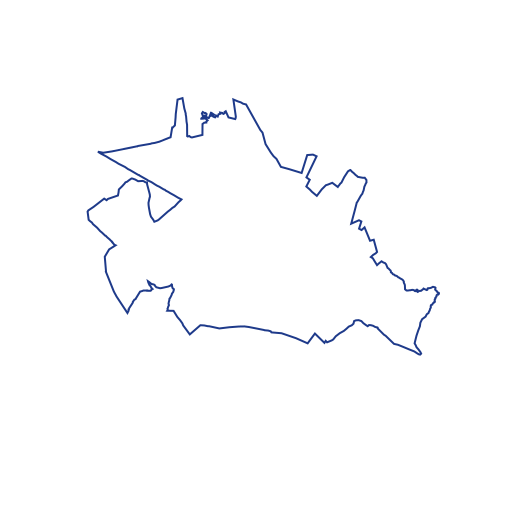 Solosuchiapa, Chiapas, Mexico (Mercator projection), rotated 137°
{"feature_id": "50627088B80636009912832", "entity_name": "Solosuchiapa", "entity_type": "district", "adm_level": 2, "iso_a3": "MEX", "parent_name": "Mexico", "parent_adm1": "Chiapas", "projection": "mercator", "projection_center": [-93.008, 17.395], "detail": "fine", "context": "isolated", "style": "outline", "palette": "blue", "viewbox_px": 512, "rotation_deg": 137, "n_neighbors": 0, "source": "geoboundaries", "source_scale": "gbopen_adm2", "svg_char_len": 6112}
<svg xmlns="http://www.w3.org/2000/svg" viewBox="0 0 512 512"><g transform="rotate(137 256 256)"><path d="M149.7,294.9L166.0,285.6L172.4,296.7L177.0,304.2L174.8,313.1L175.1,317.0L174.6,321.5L172.7,331.3L167.1,341.8L166.9,345.2L159.9,373.6L161.6,376.2L162.3,378.7L163.7,381.2L165.8,385.9L175.7,371.7L176.9,370.7L177.8,370.3L181.6,376.1L179.4,382.5L180.6,382.7L180.9,381.9L182.3,382.1L182.6,382.0L183.0,382.2L183.0,383.5L184.4,385.4L185.1,384.3L186.7,385.2L188.9,384.1L189.4,386.0L191.2,385.2L191.7,385.8L192.2,387.2L190.3,388.0L190.7,389.7L192.8,388.9L193.3,389.2L190.5,391.9L194.4,389.9L196.4,389.1L196.8,389.5L197.7,392.3L196.9,392.6L195.3,393.5L195.3,394.1L195.4,395.0L196.0,395.2L196.7,397.6L198.3,397.2L199.7,393.8L202.2,393.9L202.4,393.7L201.8,393.1L201.1,392.8L198.9,394.0L198.3,394.0L198.0,393.5L198.3,392.7L199.1,392.0L198.9,392.0L199.2,391.2L198.9,388.2L200.7,388.2L201.3,387.5L202.9,388.8L205.1,389.0L212.6,381.1L222.0,386.4L222.7,387.5L223.0,389.3L224.4,389.9L224.6,390.6L216.9,399.0L215.2,401.6L211.9,405.8L211.0,407.3L210.2,408.2L207.8,412.8L205.8,415.9L202.1,421.6L206.7,423.9L217.8,414.6L220.5,412.0L226.3,406.8L228.8,406.8L229.3,406.7L229.7,407.1L237.5,401.1L239.6,402.0L248.7,405.5L253.0,407.8L255.6,409.6L256.5,409.9L267.2,416.9L268.7,417.4L269.1,417.3L268.6,417.6L290.1,430.8L297.3,435.7L300.5,440.1L299.6,436.6L297.5,430.6L296.3,426.1L294.4,420.3L293.6,417.2L291.1,410.5L290.3,406.7L289.6,405.0L286.9,395.9L286.3,394.8L286.4,394.6L283.6,385.7L283.6,385.2L282.1,381.4L281.6,379.5L281.2,377.8L280.4,374.9L279.5,372.7L278.1,367.7L277.5,366.6L277.4,365.3L276.4,362.5L275.9,360.5L274.6,356.6L273.2,351.7L271.9,348.2L273.2,348.1L275.9,348.2L281.9,347.7L282.0,347.8L283.5,348.0L284.0,348.2L287.2,348.3L290.2,348.6L302.2,348.9L303.7,349.1L307.0,350.4L306.8,351.1L306.4,352.7L306.0,356.4L304.9,358.8L301.4,364.3L299.9,366.4L298.4,368.2L294.2,371.1L293.2,371.6L291.8,373.3L290.9,374.9L286.8,382.6L285.6,384.1L286.6,385.3L287.0,387.0L287.6,388.1L291.2,391.1L292.2,394.3L293.5,396.8L294.2,397.6L297.8,398.1L299.5,398.2L301.2,398.9L302.8,398.6L306.4,398.3L310.9,398.2L313.1,396.3L315.7,394.4L325.3,398.7L327.2,398.7L327.9,401.5L341.3,402.7L347.5,403.7L348.9,403.3L353.7,396.6L353.6,394.7L353.2,392.4L353.5,390.4L352.9,385.1L353.0,380.4L352.7,378.4L352.4,373.6L352.1,373.2L352.1,371.3L351.7,367.8L351.7,366.1L351.5,365.1L351.6,364.0L351.8,364.0L351.9,360.8L351.4,359.6L358.9,361.0L367.1,358.6L376.3,346.9L376.5,346.9L384.1,327.2L385.0,324.0L384.9,324.1L385.6,321.6L388.9,302.0L386.7,302.8L385.7,303.8L385.4,303.6L384.4,304.3L378.3,305.8L377.1,306.4L377.1,306.5L374.7,307.0L373.5,306.6L373.1,306.8L365.1,309.0L362.9,307.9L362.0,307.6L359.1,305.0L359.3,304.8L357.0,302.6L356.5,302.4L355.9,302.4L355.2,302.9L354.2,302.5L354.2,304.0L353.6,306.3L353.8,307.1L352.8,310.1L352.2,311.2L351.9,309.8L351.5,306.8L350.7,305.7L350.1,304.6L349.9,303.9L350.2,302.9L350.2,301.1L348.2,297.9L346.8,296.9L341.0,293.5L339.1,292.8L338.3,292.7L337.1,292.8L337.0,292.4L338.0,291.2L338.8,289.7L338.9,289.0L338.7,287.7L339.6,287.0L341.2,286.1L343.2,285.8L343.8,285.3L344.7,284.9L347.4,283.9L348.4,283.8L349.8,282.6L350.7,282.1L352.6,280.7L353.1,279.5L355.2,278.6L355.9,278.1L356.7,277.8L357.2,276.8L358.2,276.5L353.7,272.1L355.1,265.1L355.3,260.7L355.8,256.9L356.6,254.9L357.9,243.8L343.9,243.3L341.2,240.5L339.1,237.5L338.1,236.5L332.2,228.0L324.1,222.1L316.5,216.0L312.5,212.4L309.7,209.0L304.4,201.7L300.6,196.4L300.4,195.9L297.9,193.1L296.6,190.9L296.8,189.6L290.0,182.1L282.8,168.6L277.8,156.9L265.8,159.1L265.2,145.8L262.9,146.4L262.9,144.4L258.1,142.6L256.4,142.3L252.4,142.9L247.3,142.4L242.9,141.3L239.3,141.1L236.3,141.1L233.2,140.0L230.9,140.0L228.6,141.5L226.8,140.8L224.7,139.1L223.3,136.5L223.3,133.7L222.7,130.5L222.2,128.5L220.4,128.4L219.2,127.1L218.0,125.2L217.2,122.7L215.9,120.9L216.0,120.3L216.4,120.0L216.1,111.1L215.6,109.3L215.0,97.6L212.7,94.2L210.2,88.8L207.8,83.5L205.3,78.2L204.4,74.4L203.8,72.7L203.1,71.9L201.8,72.0L201.3,73.6L200.9,76.8L200.8,79.8L200.0,82.0L199.6,83.9L198.0,85.0L192.9,88.3L188.1,90.9L184.1,92.8L181.3,95.1L177.6,96.5L173.3,96.0L171.2,96.8L170.3,96.9L168.9,96.6L167.1,97.5L166.3,97.6L164.6,98.7L163.5,99.0L162.9,99.4L162.7,99.9L161.8,100.6L161.3,100.7L160.2,100.2L159.4,100.6L158.8,100.7L157.4,100.8L157.3,100.5L156.4,100.5L155.7,101.4L155.4,102.0L154.9,102.3L154.3,102.3L153.8,102.5L153.8,102.8L153.4,103.1L151.6,103.3L150.8,104.1L149.9,104.2L149.6,104.1L149.1,103.5L148.0,103.6L147.5,104.1L147.5,104.7L147.8,105.0L148.0,105.6L147.7,107.4L147.9,107.9L147.9,109.2L146.4,110.3L146.4,110.9L147.4,112.5L147.8,112.9L149.3,113.2L150.7,113.9L152.3,115.2L152.7,115.2L153.5,114.5L154.0,114.5L154.4,114.7L154.9,115.9L155.7,117.9L156.4,117.7L157.3,117.9L158.6,117.9L159.3,118.1L159.6,118.6L160.8,119.2L162.2,119.4L162.3,120.0L162.0,120.2L161.4,120.5L161.0,120.9L161.1,121.5L161.3,121.7L161.8,121.9L162.4,121.4L162.9,121.3L163.1,121.3L163.7,122.0L163.7,122.9L163.9,123.5L164.2,123.7L164.4,124.3L165.4,125.1L166.5,125.7L167.0,126.2L168.0,126.8L169.3,127.9L169.5,128.3L169.7,130.0L167.2,132.9L166.6,133.9L166.4,134.8L165.9,136.0L165.3,136.5L165.0,137.9L165.1,139.1L166.0,141.9L166.1,142.7L166.5,143.4L166.6,145.0L166.8,145.7L167.6,146.8L167.6,148.0L168.0,148.6L168.3,149.3L168.1,150.9L168.4,151.7L168.4,152.2L167.8,152.8L167.5,153.7L167.6,154.3L167.6,156.6L167.9,157.5L166.5,161.3L166.5,162.9L167.3,164.4L167.8,166.5L171.5,166.8L173.7,166.8L172.9,170.9L172.1,174.7L172.7,176.9L169.5,176.9L166.6,176.3L164.7,176.4L158.8,187.6L162.2,189.4L157.1,202.9L161.1,203.0L162.0,205.7L155.4,209.4L156.3,211.9L164.3,214.7L152.8,221.9L146.4,226.0L146.2,226.2L144.5,226.6L138.6,228.5L137.3,228.8L135.8,229.0L133.8,230.1L132.7,230.5L129.3,232.9L128.1,233.3L126.2,234.2L125.1,234.4L123.4,236.3L123.1,239.1L124.4,240.2L125.7,241.9L127.6,244.5L127.6,245.8L127.9,247.2L128.0,250.1L128.3,251.9L128.3,254.5L128.6,254.7L131.0,255.2L137.8,253.5L143.5,251.4L144.9,251.5L147.3,251.0L147.7,251.1L149.1,250.7L150.3,257.5L154.7,259.2L156.6,260.1L162.4,259.9L170.5,258.5L171.3,264.8L171.3,267.8L171.8,272.5L164.7,275.1L165.5,279.1L143.7,287.6L145.2,291.3L149.7,294.9Z" fill="none" stroke="#1e3a8a" stroke-width="2"/></g></svg>